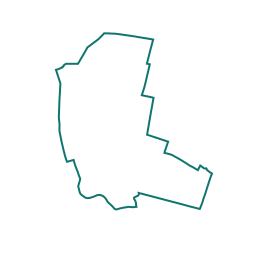 Giang Thanh, Kiên Giang, Vietnam, rotated 254°
{"feature_id": "81297802B31774141557678", "entity_name": "Giang Thanh", "entity_type": "district", "adm_level": 2, "iso_a3": "VNM", "parent_name": "Vietnam", "parent_adm1": "Kiên Giang", "projection": "mercator", "projection_center": [104.64, 10.444], "detail": "fine", "context": "isolated", "style": "outline", "palette": "teal", "viewbox_px": 256, "rotation_deg": 254, "n_neighbors": 0, "source": "geoboundaries", "source_scale": "gbopen_adm2", "svg_char_len": 2455}
<svg xmlns="http://www.w3.org/2000/svg" viewBox="0 0 256 256"><g transform="rotate(254 128 128)"><path d="M203.8,74.8L189.4,75.3L181.1,72.4L172.3,69.3L171.0,68.9L162.6,66.2L156.8,64.3L149.9,63.1L148.5,62.6L146.6,62.0L144.9,61.5L142.4,61.1L139.2,60.9L136.3,60.6L133.3,60.4L129.9,60.2L127.8,60.1L125.4,60.0L122.4,59.9L122.1,59.9L120.3,59.8L116.8,59.8L112.4,60.0L112.3,61.2L112.3,66.9L108.6,66.9L105.3,67.0L100.7,67.5L98.7,67.6L95.8,67.7L93.3,68.0L92.6,68.0L91.7,67.8L90.1,66.8L87.9,65.4L86.3,64.4L85.7,64.1L84.9,64.0L82.8,64.0L81.5,63.9L80.5,63.9L79.4,63.9L78.6,64.0L78.0,64.1L77.4,64.4L76.8,64.7L75.5,65.7L74.7,66.3L73.9,66.9L73.1,67.5L72.4,68.5L71.8,69.7L71.3,72.1L71.4,73.7L71.4,75.2L71.5,76.9L71.9,79.1L71.9,80.6L71.8,81.1L71.7,81.6L71.4,82.6L70.3,84.3L70.1,84.4L69.4,85.3L68.4,86.0L66.5,87.0L64.7,87.6L63.2,87.9L62.0,88.4L59.4,90.0L56.7,91.6L54.8,92.4L53.8,93.0L53.4,93.4L53.1,93.9L52.9,94.5L52.9,95.5L52.9,97.1L52.9,98.7L52.7,100.6L52.7,101.9L52.5,103.2L52.2,104.6L52.3,105.8L52.0,107.0L51.1,109.1L51.1,109.3L50.5,111.0L50.2,112.2L50.1,113.6L49.9,114.4L51.9,114.5L52.5,114.8L53.6,115.0L55.1,115.0L56.2,114.8L58.5,114.3L59.0,114.4L59.4,114.8L59.7,115.6L60.1,118.5L60.3,119.2L60.7,119.6L61.2,120.1L61.8,120.3L62.3,120.4L62.6,120.4L61.2,122.8L55.4,132.6L45.0,150.1L40.3,158.0L36.0,165.1L32.5,171.1L30.4,174.7L32.0,176.0L36.0,179.0L39.1,181.0L43.0,183.8L53.9,191.0L58.9,194.5L61.0,196.2L61.7,195.6L62.5,195.0L63.1,194.4L63.9,193.8L65.1,192.9L65.9,192.4L66.1,192.3L67.4,192.3L67.6,192.2L67.6,191.7L67.7,191.2L67.9,190.8L68.0,190.4L68.3,190.0L69.0,189.4L70.1,188.6L70.9,188.0L71.6,187.5L72.0,187.1L69.7,184.9L68.2,183.6L68.3,183.5L72.7,179.3L74.7,177.1L76.6,175.5L80.3,172.2L83.7,169.1L85.0,167.8L86.7,166.1L90.0,162.8L91.0,161.4L92.8,158.4L94.0,156.2L95.6,157.0L96.4,157.6L97.0,158.1L103.8,162.8L116.3,144.5L125.2,148.8L137.7,154.8L142.6,157.3L144.8,158.3L150.0,160.9L151.8,157.7L153.7,154.1L155.7,150.3L162.3,154.7L164.4,156.0L172.3,160.4L183.2,166.5L184.6,163.9L196.5,170.8L206.1,176.6L215.6,156.6L221.0,144.5L222.2,141.6L222.9,139.4L224.2,135.6L225.6,131.2L224.1,128.7L221.6,124.2L217.0,112.2L216.8,111.4L212.9,107.5L207.9,102.2L207.7,102.0L203.5,97.6L205.9,89.3L206.7,86.4L206.8,86.2L206.2,84.0L206.0,83.7L205.8,83.4L205.2,83.0L205.2,82.9L205.0,81.9L204.5,81.8L204.5,81.7L204.4,81.4L204.2,81.2L204.2,80.9L204.2,80.4L204.1,79.5L203.9,78.5L203.8,77.6L203.8,76.8L203.8,76.6L203.8,75.2L203.8,74.8Z" fill="none" stroke="#0f766e" stroke-width="2"/></g></svg>